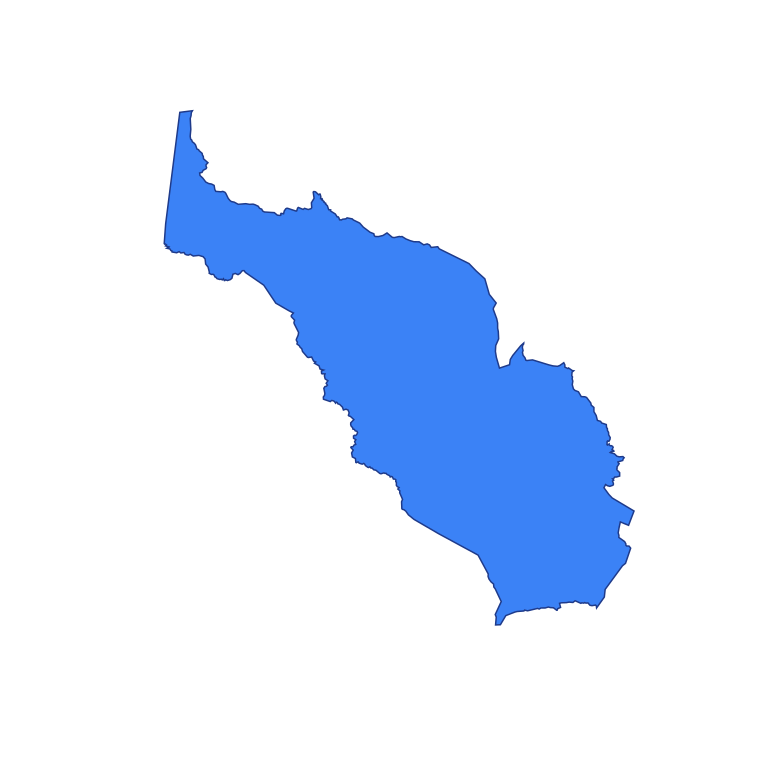 Tlacoapa, Guerrero, Mexico, rotated 112°
{"feature_id": "50627088B33975592508393", "entity_name": "Tlacoapa", "entity_type": "district", "adm_level": 2, "iso_a3": "MEX", "parent_name": "Mexico", "parent_adm1": "Guerrero", "projection": "natural_earth1", "projection_center": [-98.789, 17.209], "detail": "fine", "context": "isolated", "style": "filled", "palette": "blue", "viewbox_px": 768, "rotation_deg": 112, "n_neighbors": 0, "source": "geoboundaries", "source_scale": "gbopen_adm2", "svg_char_len": 6163}
<svg xmlns="http://www.w3.org/2000/svg" viewBox="0 0 768 768"><g transform="rotate(112 384 384)"><path d="M408.1,104.6L404.2,129.7L402.2,134.1L397.8,141.2L394.2,140.9L394.6,138.7L394.3,136.3L392.3,134.0L391.5,133.6L390.2,134.1L388.4,135.8L387.1,135.0L386.3,136.5L385.9,135.7L383.9,135.3L383.1,133.5L381.1,131.0L377.9,132.3L376.5,135.6L375.6,136.4L374.6,136.3L373.7,136.9L369.8,136.1L369.4,137.3L368.6,137.9L365.5,134.0L364.0,134.2L362.4,133.7L361.8,135.3L363.4,138.6L363.7,141.0L362.4,144.2L362.8,148.6L361.8,148.1L360.2,145.7L359.6,146.2L359.6,148.0L356.9,147.8L356.2,148.6L356.0,150.0L356.5,151.0L356.0,152.5L355.3,152.8L356.9,153.9L356.7,154.5L353.6,155.6L353.0,155.3L352.9,154.0L350.8,153.7L348.9,154.2L347.0,156.6L344.7,157.7L343.4,159.4L341.5,160.3L341.1,161.3L338.3,162.7L338.6,167.6L337.5,169.2L337.8,172.5L333.7,175.5L331.0,179.0L327.1,180.6L326.0,183.9L324.1,185.2L320.6,191.1L320.6,193.0L321.8,196.4L318.4,200.8L318.4,204.7L317.6,206.5L314.1,209.2L310.6,210.0L308.7,211.5L306.8,211.9L306.0,213.0L302.6,214.1L300.7,213.1L301.0,214.5L300.0,218.9L300.8,219.3L300.6,222.6L298.5,223.5L296.9,225.3L300.9,227.9L302.6,229.7L303.9,234.1L304.5,238.2L306.0,255.3L308.7,260.3L308.8,261.4L306.9,263.1L305.3,265.8L302.8,267.5L300.9,267.6L298.3,269.4L296.2,269.9L294.6,269.5L293.7,269.8L297.4,271.6L309.2,275.3L313.9,276.1L319.1,274.8L326.0,282.9L317.2,289.8L312.1,292.9L306.5,294.8L299.2,294.6L292.5,297.7L289.8,299.5L284.9,301.5L281.3,303.9L273.9,310.6L272.6,311.0L266.9,310.3L261.5,319.9L248.7,329.9L244.7,340.8L240.5,350.3L238.0,383.4L236.6,385.6L239.7,391.4L238.0,393.9L237.9,396.4L240.1,399.3L239.0,404.6L240.9,409.6L241.3,413.4L241.3,417.9L240.5,422.5L241.3,423.9L241.5,425.1L244.4,429.3L244.9,431.2L242.8,437.8L246.7,440.6L249.4,444.4L250.5,447.4L250.1,448.6L248.5,449.7L248.5,453.9L246.3,462.0L243.9,466.8L243.4,473.8L242.8,475.3L243.8,480.5L245.1,481.2L246.8,484.2L247.8,484.9L248.4,486.7L246.6,488.3L246.2,489.0L246.6,490.0L244.6,492.8L243.6,498.4L242.5,498.7L243.1,500.6L240.0,503.2L239.0,505.6L238.3,505.7L238.0,507.7L237.3,507.9L236.5,510.7L235.9,510.3L235.3,510.9L235.8,512.3L233.9,512.8L232.0,514.2L231.8,514.6L233.0,515.5L231.5,519.4L231.6,520.4L232.0,521.4L232.7,521.5L238.0,518.4L243.2,519.2L247.5,517.1L248.7,517.3L250.6,519.6L250.9,523.5L252.4,524.4L252.4,529.6L253.3,530.0L256.2,529.8L256.6,530.3L257.2,539.3L257.5,540.0L258.3,540.7L260.8,541.3L263.8,540.9L264.3,543.3L265.0,543.5L265.9,542.9L266.6,543.4L267.4,546.1L266.2,549.9L269.3,559.3L269.1,561.2L267.7,562.9L267.7,565.2L266.3,567.2L266.1,571.0L266.3,572.8L267.8,576.0L268.6,579.7L272.0,586.5L271.5,591.0L272.0,593.9L271.6,595.5L270.3,597.9L266.5,602.1L265.8,603.4L265.8,605.6L266.9,607.3L268.4,612.1L267.1,613.7L263.5,615.9L263.2,618.7L263.8,621.7L263.5,624.9L261.0,629.1L259.6,632.7L257.4,634.0L256.0,632.0L253.6,631.7L251.0,629.6L249.8,629.5L248.6,630.7L247.2,631.1L244.8,630.1L242.8,635.7L240.5,636.9L240.0,637.9L238.3,639.0L236.9,642.9L236.2,643.7L236.2,645.5L232.9,648.3L231.9,650.0L231.2,652.5L229.8,653.7L229.4,655.0L226.9,656.5L220.3,658.5L210.4,663.1L207.5,663.4L204.6,664.3L202.4,664.0L208.6,675.1L317.1,646.5L336.1,640.4L336.5,639.8L336.1,639.2L336.5,637.8L337.8,638.3L337.4,634.6L338.1,634.8L338.4,635.5L339.5,636.3L339.0,633.1L340.1,631.6L340.0,630.6L341.0,630.0L340.0,625.4L338.0,623.5L338.6,621.5L337.0,618.7L338.2,617.0L338.2,615.3L337.8,613.7L336.3,612.2L336.8,608.8L334.1,603.8L333.7,599.4L335.1,596.7L339.6,594.3L341.5,590.9L345.8,587.8L346.8,587.6L347.1,585.1L346.3,583.6L346.6,582.4L348.1,580.8L348.0,580.0L348.9,578.2L348.6,575.4L347.8,574.2L348.1,573.0L346.5,572.3L347.9,570.9L347.8,570.4L346.7,569.9L346.7,567.9L346.2,567.3L344.8,565.6L342.9,564.6L338.8,565.2L337.2,563.3L337.3,560.3L335.5,559.0L332.0,557.8L331.3,556.2L332.5,554.3L337.4,532.5L349.6,514.6L351.7,499.5L352.1,494.6L355.1,495.6L356.3,495.2L358.3,490.8L360.8,490.5L361.7,489.9L368.2,482.5L370.8,481.9L375.6,482.0L376.6,481.4L377.5,480.0L379.5,479.7L380.3,476.8L381.4,475.5L382.1,473.5L384.4,471.7L387.8,465.1L387.8,464.1L386.1,461.2L389.1,457.9L389.2,455.6L390.8,456.3L391.5,451.0L394.1,448.9L393.7,445.3L395.4,446.9L397.6,445.8L397.8,445.3L396.7,442.5L398.8,442.3L401.3,440.5L402.0,437.2L405.0,437.9L406.2,436.0L407.7,436.6L408.5,437.8L410.5,438.2L414.9,435.3L416.8,434.9L418.8,435.4L420.8,434.4L420.4,427.2L418.9,426.4L418.6,425.0L418.7,423.6L419.9,421.7L418.7,421.4L418.7,420.4L419.7,419.3L419.5,417.5L421.0,413.9L423.3,411.9L421.6,409.8L421.6,407.6L423.8,405.5L426.4,405.3L426.8,404.4L426.6,403.1L428.3,398.6L432.5,400.3L434.3,399.6L435.4,398.6L436.3,396.7L437.5,395.9L437.2,394.4L438.2,393.2L438.0,391.3L439.0,390.3L440.8,390.3L442.3,390.9L442.7,392.3L443.7,392.8L445.7,391.9L446.2,389.2L448.3,389.7L450.6,387.6L451.8,388.9L453.8,389.3L454.5,390.9L455.4,390.9L456.8,387.8L460.1,388.2L462.6,386.6L463.5,386.0L463.8,382.6L467.3,380.7L467.3,380.1L465.9,378.9L466.7,377.5L466.6,375.0L466.3,373.9L465.2,373.0L465.6,371.8L466.6,370.7L467.3,367.8L467.2,367.0L466.0,366.1L466.8,365.0L466.5,363.3L467.4,361.4L467.0,359.2L468.5,354.4L468.4,353.2L466.5,350.8L466.5,349.5L466.0,348.7L466.7,347.4L466.9,344.4L467.9,343.4L466.9,342.3L467.0,341.4L468.6,339.7L468.1,338.3L468.4,337.1L470.2,336.5L470.4,335.7L473.3,334.6L474.2,333.2L474.4,331.2L476.2,331.8L477.1,329.3L479.0,328.7L484.0,323.6L486.6,323.6L492.8,320.8L493.3,320.1L493.1,318.4L493.7,316.2L496.2,312.3L498.3,305.4L502.3,277.6L507.4,232.7L521.1,216.2L523.5,215.4L525.6,213.5L527.4,210.6L528.4,207.5L531.1,206.1L532.2,204.2L541.8,193.8L556.1,194.5L558.1,192.6L565.6,190.3L563.6,185.9L553.1,184.3L546.6,177.4L545.1,175.4L542.0,169.2L541.0,169.0L540.5,165.9L534.6,157.6L534.5,155.8L532.9,154.6L531.3,150.7L529.2,148.0L529.0,146.0L528.0,143.1L529.1,139.1L528.9,138.7L527.3,138.8L525.0,136.6L521.6,139.1L520.4,137.5L518.4,133.0L516.9,130.7L515.8,127.0L513.4,125.6L513.6,119.3L512.8,118.6L512.3,116.6L511.5,116.1L511.5,114.7L510.6,112.9L512.0,110.1L511.6,108.1L509.7,105.0L510.2,104.0L512.0,103.0L499.0,99.9L491.6,102.0L463.2,94.8L459.8,92.9L443.8,93.8L442.5,96.1L443.3,98.4L442.9,99.3L441.6,99.9L440.0,101.8L438.3,108.8L436.3,109.5L434.3,111.1L429.3,112.2L423.4,113.2L423.4,104.3L408.1,104.6Z" fill="#3b82f6" stroke="#1e3a8a" stroke-width="1.5"/></g></svg>